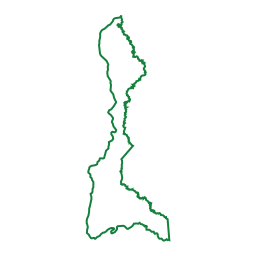 outline of Puerto Wilches, Santander, Colombia
{"feature_id": "7082276B91247844433249", "entity_name": "Puerto Wilches", "entity_type": "district", "adm_level": 2, "iso_a3": "COL", "parent_name": "Colombia", "parent_adm1": "Santander", "projection": "orthographic", "projection_center": [-73.726, 7.663], "detail": "fine", "context": "isolated", "style": "outline", "palette": "green", "viewbox_px": 256, "rotation_deg": 0, "n_neighbors": 0, "source": "geoboundaries", "source_scale": "gbopen_adm2", "svg_char_len": 5900}
<svg xmlns="http://www.w3.org/2000/svg" viewBox="0 0 256 256"><path d="M89.1,212.3L88.3,216.0L87.3,218.1L86.7,220.4L86.7,223.2L87.1,223.9L87.8,227.0L87.6,228.3L87.2,229.1L86.9,233.0L88.7,234.5L89.9,236.7L90.7,237.8L91.6,238.3L94.1,237.9L95.0,238.8L95.4,238.7L97.2,237.0L99.8,235.8L101.1,234.0L103.1,232.6L104.1,232.6L105.0,232.2L106.5,231.1L107.5,229.9L109.2,228.8L111.4,228.0L113.3,228.1L113.9,228.4L114.1,228.9L113.7,229.4L111.8,230.6L111.1,231.6L111.4,233.1L112.0,233.4L114.7,232.2L115.2,231.7L117.0,229.3L117.0,227.0L117.8,226.2L123.4,225.8L124.6,226.3L126.9,228.6L127.9,228.9L131.2,227.0L132.6,225.8L134.0,223.6L135.0,223.7L135.9,223.4L138.3,223.7L139.6,222.8L140.6,224.0L142.4,224.4L143.4,225.1L144.3,225.4L144.3,226.1L144.6,226.4L146.0,225.9L146.5,226.0L146.8,226.6L146.3,227.7L146.5,229.7L149.5,229.8L151.7,231.8L153.6,231.7L154.1,232.2L154.3,233.3L154.9,233.8L156.5,233.3L157.3,233.5L157.8,234.6L157.7,235.8L158.6,237.9L159.4,238.7L161.7,238.7L163.1,240.4L163.8,240.6L165.6,240.0L166.7,239.2L167.6,240.1L168.9,239.8L169.3,240.0L167.6,219.1L166.0,218.3L166.0,217.1L165.3,217.3L164.5,217.1L164.0,216.0L162.9,215.2L160.9,215.0L160.6,214.0L160.0,213.7L159.7,213.1L159.0,213.1L158.5,213.6L157.5,213.2L156.2,213.6L155.3,212.9L153.8,212.4L154.4,211.5L153.9,210.8L153.0,211.0L153.6,210.5L153.2,210.3L152.6,210.7L152.1,210.2L151.8,211.0L151.1,210.9L150.8,210.5L151.3,209.9L150.0,208.5L150.2,207.3L150.5,207.2L150.3,206.7L150.6,206.6L150.8,205.1L150.3,205.4L149.8,205.1L150.1,204.1L151.0,203.1L149.5,202.5L148.8,202.9L148.2,201.5L146.1,199.9L145.8,198.2L144.9,197.4L144.7,197.3L144.4,198.0L143.8,198.5L143.9,197.8L142.9,197.6L142.2,197.8L141.8,198.4L141.2,198.2L141.2,198.5L140.0,198.6L139.2,198.0L139.1,197.4L137.7,196.9L137.4,196.5L137.6,195.8L138.0,196.2L138.5,195.9L138.3,195.3L138.5,194.6L138.1,193.5L137.6,193.3L137.8,192.7L137.0,192.4L136.0,192.5L135.0,191.1L133.7,190.5L133.1,189.8L132.1,189.7L132.2,189.3L131.4,189.7L131.1,189.5L129.9,189.7L129.0,189.2L128.9,189.6L128.4,189.5L128.2,188.9L127.4,188.8L127.4,188.1L127.0,188.1L127.4,187.6L127.2,187.7L127.1,187.0L127.3,186.5L126.0,186.5L125.3,185.9L125.2,185.0L124.0,184.6L123.8,184.2L122.3,184.7L122.0,184.2L121.6,184.3L121.1,184.1L121.2,182.7L120.9,181.8L121.9,179.4L122.2,177.9L121.7,174.5L121.1,172.7L121.3,172.2L121.0,172.0L121.6,171.7L121.4,170.8L120.9,170.7L121.5,169.9L121.7,169.2L121.5,168.8L121.9,168.3L121.6,167.9L121.9,166.9L121.7,165.0L122.2,163.0L122.0,160.5L121.4,159.2L133.0,145.8L131.5,144.9L130.2,143.1L129.6,143.2L129.8,142.6L128.6,141.8L128.5,141.1L129.1,140.2L128.4,139.1L128.7,138.5L128.2,138.1L128.0,137.3L128.2,137.2L127.3,136.5L127.4,136.3L126.7,134.9L124.9,134.3L124.9,134.0L124.4,134.1L124.2,133.6L124.0,133.9L123.7,133.8L124.0,132.8L123.9,131.5L125.2,127.7L124.5,127.6L123.6,126.9L123.2,125.7L123.9,124.9L123.9,123.3L124.5,123.4L124.7,123.1L124.5,122.9L124.9,122.8L124.7,122.5L124.3,122.6L124.0,122.0L124.3,121.8L124.3,120.8L124.8,120.4L124.5,118.6L125.6,117.7L126.0,116.9L124.8,115.7L124.8,115.1L125.7,114.1L125.6,113.8L125.0,113.4L124.9,112.8L125.8,112.4L126.2,111.7L125.8,110.5L126.2,109.7L125.5,109.1L125.3,108.3L126.5,107.5L125.2,107.4L125.6,105.8L125.3,105.5L124.6,105.6L124.4,105.3L124.6,104.8L125.6,104.8L125.6,104.0L125.1,103.7L124.0,103.7L125.2,103.3L124.4,102.8L125.0,102.1L126.0,101.8L127.2,102.2L127.6,101.5L128.5,101.0L129.3,101.4L130.0,99.8L130.0,99.2L129.3,99.0L128.8,98.5L129.1,96.9L128.1,96.5L127.9,95.4L127.0,95.3L127.0,94.5L126.5,93.5L126.9,92.6L126.8,91.4L127.6,90.8L128.5,88.9L130.3,88.2L131.5,88.2L131.5,87.1L133.0,87.9L133.0,87.2L133.9,86.4L133.0,85.8L133.6,85.2L132.9,84.6L134.0,84.5L134.4,84.9L134.4,83.5L136.0,82.5L136.4,81.2L138.5,80.7L138.9,79.7L139.4,79.8L139.3,79.0L140.3,79.3L140.3,78.2L141.1,76.3L142.5,75.5L144.3,75.3L145.3,74.7L145.5,74.1L144.7,72.2L144.9,71.8L145.5,71.9L145.2,71.0L143.8,69.4L143.9,68.1L144.6,67.4L145.1,66.2L144.2,64.3L144.6,62.9L144.1,62.6L142.4,63.3L142.0,61.8L142.7,61.3L142.7,60.5L141.8,60.8L141.5,60.3L140.8,60.9L139.4,60.8L139.3,59.5L138.0,58.8L137.9,57.3L136.8,56.3L135.1,57.1L133.2,56.8L133.2,56.2L133.8,55.5L133.5,54.3L134.2,53.1L133.6,52.8L132.5,52.9L132.3,52.5L133.1,51.8L134.3,51.7L133.7,51.0L132.6,51.4L132.4,51.3L133.9,49.8L133.9,48.9L132.8,47.6L132.9,47.2L133.9,47.1L133.8,46.8L132.5,45.7L131.8,44.6L130.1,43.7L130.1,42.8L131.2,42.1L130.9,41.0L130.6,40.8L129.3,40.9L128.3,39.4L127.2,38.9L127.2,38.4L127.6,38.1L128.9,38.0L128.8,37.2L128.2,36.8L127.4,37.2L127.5,36.0L126.9,35.3L125.7,35.3L125.2,34.7L124.2,34.7L123.8,34.4L123.8,33.1L122.7,32.0L123.7,31.3L122.5,30.6L122.4,29.4L121.3,28.8L121.3,28.3L121.7,27.7L121.1,27.2L120.3,27.2L120.0,26.1L119.2,26.7L118.7,26.8L118.6,26.1L117.5,25.2L117.7,24.5L118.3,24.1L119.0,24.3L119.6,25.0L121.3,25.1L121.6,24.4L121.4,23.0L122.6,22.0L121.7,20.6L122.0,19.5L121.2,17.6L121.3,15.4L120.6,16.9L119.3,17.6L115.1,18.2L114.0,18.8L113.2,19.9L112.8,21.3L110.1,24.6L108.5,25.2L104.8,28.6L102.6,29.7L101.3,30.9L100.1,33.4L100.2,36.8L99.3,41.2L99.4,43.8L99.0,44.9L100.0,53.5L100.4,54.6L101.3,56.0L106.5,60.8L108.2,64.2L108.3,65.1L107.7,66.3L108.0,69.7L107.3,71.8L107.4,73.5L107.7,76.1L110.6,80.8L110.7,81.6L110.4,82.9L111.0,84.8L110.5,90.6L113.3,94.4L114.1,97.9L116.0,101.8L116.0,102.6L114.6,104.7L114.2,105.6L111.3,109.3L109.1,110.3L108.2,112.4L108.9,113.5L110.8,114.9L113.0,117.9L113.0,118.9L112.0,121.3L111.9,122.1L112.8,123.8L113.5,126.4L116.2,130.0L115.6,131.8L114.8,132.3L112.8,131.8L112.1,131.9L111.3,132.7L111.3,134.2L112.8,136.5L113.2,138.8L112.2,140.3L108.9,142.1L109.1,144.2L108.4,147.0L108.5,148.4L106.1,150.6L104.1,158.0L103.0,158.5L100.1,158.3L99.6,159.1L99.3,160.5L97.5,162.1L97.1,164.2L96.6,164.6L94.7,165.3L91.5,165.8L90.1,166.6L89.3,167.6L89.2,168.9L88.5,170.4L88.3,172.5L90.2,174.3L90.5,175.3L90.3,177.0L91.7,178.2L92.0,179.8L93.4,182.1L93.3,187.4L92.6,188.8L92.5,191.5L92.2,192.7L90.6,193.8L91.4,196.8L91.4,199.0L89.9,206.2L89.2,208.5L89.1,212.3Z" fill="none" stroke="#15803d" stroke-width="2"/></svg>